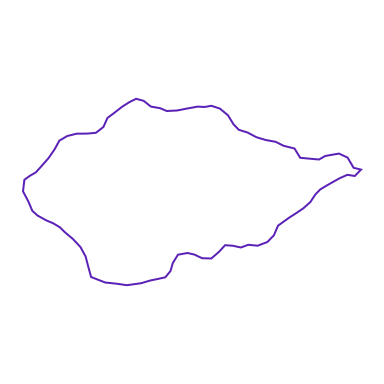 outline of Cocal do Sul, Santa Catarina, Brazil
{"feature_id": "56859067B62749816333800", "entity_name": "Cocal do Sul", "entity_type": "district", "adm_level": 2, "iso_a3": "BRA", "parent_name": "Brazil", "parent_adm1": "Santa Catarina", "projection": "albers", "projection_center": [-49.326, -28.6], "detail": "fine", "context": "isolated", "style": "outline", "palette": "violet", "viewbox_px": 384, "rotation_deg": 0, "n_neighbors": 0, "source": "geoboundaries", "source_scale": "gbopen_adm2", "svg_char_len": 1229}
<svg xmlns="http://www.w3.org/2000/svg" viewBox="0 0 384 384"><path d="M339.0,153.6L331.8,154.8L325.2,156.0L319.0,159.5L311.1,158.8L300.2,157.8L294.5,148.5L283.6,145.8L275.6,141.8L265.7,140.0L256.4,137.2L247.5,132.5L238.8,129.8L233.5,124.3L228.0,115.3L219.9,108.6L211.4,105.8L204.5,107.0L197.7,106.6L186.7,108.6L177.1,110.5L166.7,111.0L160.2,108.2L150.9,106.6L143.6,100.8L136.1,98.8L129.6,102.0L122.3,106.6L114.1,113.0L107.5,117.9L103.4,127.0L95.9,132.8L87.2,133.6L76.6,133.7L67.3,136.0L59.4,140.6L54.6,149.3L48.7,157.9L40.8,166.9L35.8,172.4L29.6,176.0L24.4,179.8L23.0,191.3L28.5,201.8L32.3,210.8L37.5,215.5L46.1,220.3L53.2,223.3L59.9,227.3L64.6,232.0L72.9,239.0L80.5,247.1L85.6,256.5L88.3,266.8L91.1,277.0L97.7,279.6L105.2,282.5L116.5,283.7L126.9,285.2L141.2,283.2L150.3,280.5L158.1,278.9L165.3,277.3L170.5,271.0L172.9,262.8L178.0,254.7L187.4,253.0L194.2,254.5L202.1,258.2L211.3,258.5L219.0,251.8L225.1,245.2L232.6,245.7L240.9,247.5L248.2,244.8L257.7,245.7L267.4,242.0L273.9,235.3L278.0,225.7L289.4,217.5L296.7,212.8L303.1,208.5L310.3,202.1L315.5,194.3L320.4,189.3L327.6,185.0L333.8,181.5L339.5,178.3L347.4,174.8L354.8,176.0L361.0,169.6L353.6,167.8L347.6,157.6L339.0,153.6Z" fill="none" stroke="#5b21b6" stroke-width="2"/></svg>